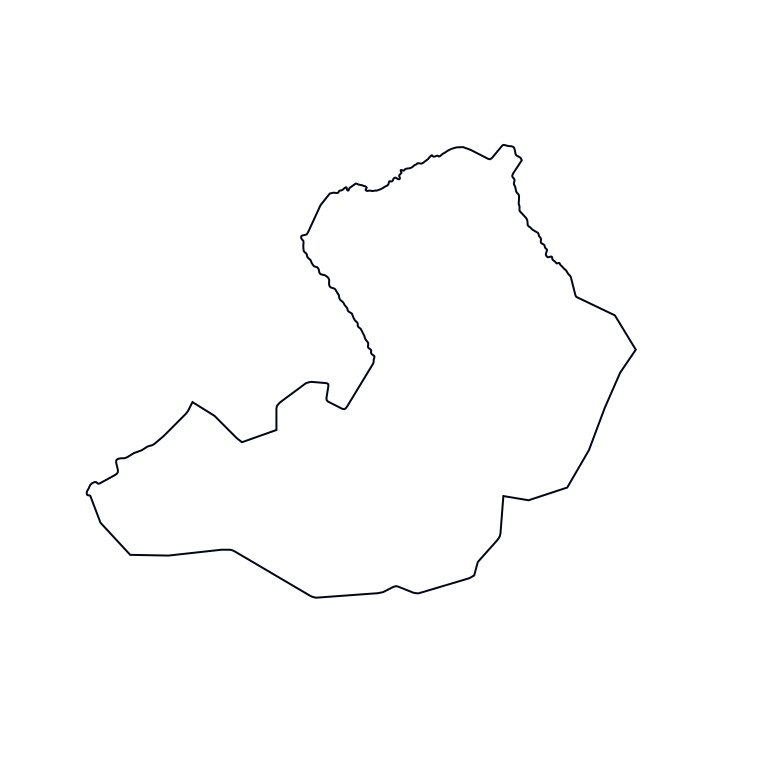 SVG path tracing the border of Guéra, rotated 208°
{"feature_id": "TCD-1474", "entity_name": "Guéra", "entity_type": "Prefecture", "adm_level": 1, "iso_a3": "TCD", "parent_name": "Chad", "parent_adm1": "", "projection": "natural_earth1", "projection_center": [19.056, 11.461], "detail": "fine", "context": "isolated", "style": "outline", "palette": "ink", "viewbox_px": 768, "rotation_deg": 208, "n_neighbors": 0, "source": "natural_earth", "source_scale": "10m", "svg_char_len": 5854}
<svg xmlns="http://www.w3.org/2000/svg" viewBox="0 0 768 768"><g transform="rotate(208 384 384)"><path d="M173.6,378.6L201.8,349.2L226.0,341.1L211.2,307.2L210.3,304.2L210.3,301.6L210.7,299.2L217.6,270.9L216.6,266.4L214.5,257.4L217.3,252.8L255.2,215.4L257.8,214.2L260.2,213.5L276.7,211.7L278.6,211.1L280.5,209.2L287.2,199.7L291.4,196.3L343.7,163.4L346.6,162.6L349.1,162.3L437.4,166.1L439.5,166.0L441.9,165.5L449.8,161.3L493.8,131.3L527.9,114.0L569.2,128.4L590.4,147.0L591.1,147.4L591.8,147.3L593.1,146.8L593.8,146.7L594.3,147.0L594.9,147.5L595.3,148.1L595.7,149.1L595.9,150.4L595.7,152.9L596.0,156.5L595.7,157.9L595.2,159.3L593.6,161.4L592.5,162.1L591.5,162.2L590.7,161.9L589.9,161.8L589.1,162.0L588.4,162.7L578.6,177.6L577.7,179.6L577.6,181.0L577.9,181.9L578.7,183.3L583.4,188.6L584.2,190.0L584.4,190.6L584.5,191.3L584.3,192.0L583.7,193.0L581.5,194.9L579.2,196.1L578.5,196.5L578.0,197.0L576.9,198.1L576.0,199.4L572.4,205.6L567.0,211.5L563.7,217.3L562.6,218.7L561.7,219.6L561.1,220.0L560.5,220.6L560.0,221.1L559.1,222.4L558.4,223.8L554.1,234.6L544.8,265.2L544.4,268.5L544.6,278.1L518.7,276.3L488.8,267.1L482.1,265.9L457.4,292.9L467.4,311.7L468.2,314.3L467.8,316.7L467.1,319.1L453.3,348.1L451.1,350.3L449.1,351.8L436.3,357.3L434.5,357.9L433.2,357.7L432.2,356.2L428.3,344.8L427.3,343.1L426.0,342.4L425.0,342.2L409.1,342.5L407.1,343.2L406.3,344.9L406.0,347.0L403.2,396.2L403.3,397.7L403.6,398.8L404.4,400.4L404.7,401.4L404.9,402.8L405.3,403.7L406.0,404.2L408.8,404.6L409.5,405.0L410.1,405.5L410.5,406.2L410.8,407.0L411.2,407.7L411.8,408.1L412.6,408.3L414.4,408.5L415.1,408.8L415.7,409.3L416.0,410.1L416.6,411.7L417.0,412.4L417.5,412.9L418.2,413.4L418.9,413.7L419.8,414.0L421.2,414.7L421.8,415.1L424.1,417.3L430.0,421.5L430.6,421.8L433.3,422.3L434.0,422.6L434.6,423.2L434.9,423.9L435.3,424.6L435.8,425.2L436.5,425.7L439.0,426.4L439.8,426.7L441.8,428.0L444.7,430.5L445.3,431.0L446.1,431.2L448.8,431.3L449.6,431.5L450.4,431.8L450.9,432.3L451.4,432.9L451.9,433.5L453.4,434.3L455.8,435.2L457.6,436.5L458.4,436.9L459.2,437.1L461.9,437.7L462.7,438.0L463.3,438.5L463.9,439.0L465.3,440.9L465.9,441.4L471.4,444.6L472.2,444.9L473.0,444.9L475.4,444.4L476.3,444.3L477.1,444.5L477.9,444.8L478.5,445.3L479.0,445.9L479.5,446.6L481.0,449.6L481.4,450.2L482.0,450.8L482.6,451.3L483.3,451.6L485.0,452.1L486.9,452.3L487.7,452.2L490.1,451.5L490.9,451.3L491.7,451.3L492.5,451.6L493.2,451.9L493.8,452.5L495.2,454.3L495.8,454.8L496.5,455.2L497.2,455.5L497.9,455.7L498.3,455.6L499.6,455.3L500.5,455.2L501.3,455.2L502.0,455.5L503.5,456.3L504.2,456.6L505.5,457.6L506.0,458.1L506.6,458.6L507.3,459.0L508.1,459.2L509.9,459.6L510.7,459.9L511.4,460.3L512.0,460.8L512.9,462.1L513.0,462.2L514.4,462.8L516.1,463.2L516.9,463.6L517.5,464.0L518.0,464.6L520.1,468.0L521.1,470.3L521.7,471.5L522.3,472.4L523.1,472.8L523.9,473.0L524.8,473.4L525.6,474.0L526.3,475.2L526.3,476.1L525.9,476.7L523.6,478.7L522.5,479.8L522.3,482.8L524.0,512.1L521.3,526.7L518.6,529.1L514.9,530.7L514.3,531.4L514.2,532.1L514.3,532.9L513.9,533.9L512.7,534.8L512.0,535.6L511.5,536.6L510.5,539.2L509.9,539.8L509.3,539.9L508.8,539.4L508.3,538.6L507.7,538.0L506.6,537.9L506.2,538.4L506.3,539.1L506.4,540.0L506.4,541.0L503.1,547.6L502.3,548.0L501.3,548.1L500.2,548.1L496.6,549.2L495.2,549.3L493.1,549.8L492.0,549.6L491.4,549.1L491.4,548.3L491.5,547.5L491.4,546.8L491.2,546.7L490.9,546.5L489.8,546.5L488.9,546.9L487.7,547.9L486.6,548.4L485.2,548.8L484.1,549.4L482.8,550.5L481.6,551.1L480.6,552.0L478.2,554.7L476.7,557.0L476.1,558.3L474.5,560.4L474.0,561.7L473.9,562.7L474.4,564.4L474.4,565.4L473.8,565.9L472.9,566.1L472.2,566.6L471.9,567.2L471.8,568.0L471.9,568.9L471.9,569.9L471.6,570.9L470.9,571.5L470.1,571.7L468.2,571.5L467.0,571.7L466.5,572.3L466.5,573.0L466.9,573.7L467.5,574.1L468.1,574.6L468.4,575.4L468.4,576.3L468.0,577.4L467.7,578.2L467.9,578.8L469.2,579.9L469.6,580.7L469.2,581.1L468.5,581.3L467.6,581.3L466.7,581.7L466.5,582.4L466.2,583.5L465.6,584.3L464.6,585.2L462.8,586.4L461.9,587.3L461.2,588.3L460.6,589.5L459.9,591.4L458.7,592.8L458.3,594.2L457.6,594.9L456.8,595.3L455.7,595.6L454.4,596.3L453.7,597.1L453.2,597.9L450.7,603.3L450.1,606.2L449.4,608.2L448.9,608.4L448.5,608.3L448.1,608.0L447.3,608.0L446.1,608.5L444.6,610.2L443.7,610.8L443.0,610.8L442.3,610.7L441.8,611.1L441.4,611.7L440.8,613.4L439.9,615.3L439.0,616.6L437.2,620.0L434.9,623.2L432.7,625.4L431.0,627.0L425.4,630.3L417.3,631.4L397.5,631.7L395.8,632.3L394.8,634.1L391.6,649.6L391.0,651.0L390.2,651.5L386.1,652.4L383.2,653.7L381.6,654.0L380.5,653.9L378.7,652.4L375.8,648.8L375.1,648.3L374.3,648.0L373.2,647.9L371.6,648.0L370.5,647.9L369.6,647.7L368.2,646.9L367.7,646.5L367.4,646.2L367.4,645.8L368.8,631.2L368.8,629.7L368.7,628.8L368.4,627.9L367.9,627.3L367.2,626.9L365.7,626.3L365.0,625.9L364.5,625.3L364.1,624.5L363.7,622.8L363.4,622.0L363.0,621.3L361.1,620.0L360.5,619.4L357.5,615.9L356.8,615.5L356.1,615.1L355.2,614.9L354.4,614.6L353.8,614.2L352.9,613.2L351.0,609.3L350.0,607.0L349.6,606.3L348.5,605.3L347.5,604.1L346.4,601.8L346.0,601.1L345.5,600.6L344.9,600.2L337.0,597.5L335.6,596.8L334.4,595.8L333.5,594.6L331.8,591.9L331.0,591.4L330.0,591.1L328.5,591.0L325.5,590.0L319.5,589.7L318.6,589.5L318.0,589.0L317.4,588.4L316.9,587.6L313.9,586.2L313.4,585.6L313.0,584.9L312.4,583.2L311.9,582.6L311.1,582.2L308.2,582.1L307.3,581.7L306.3,580.5L305.7,579.9L304.4,579.6L303.6,579.3L302.9,578.8L302.7,577.9L302.4,576.0L302.2,575.1L301.9,574.3L301.2,573.6L300.4,573.2L299.1,572.8L298.3,573.1L297.7,573.7L297.1,574.3L296.3,575.0L295.6,575.1L295.0,574.7L294.0,573.3L293.2,572.8L290.3,572.3L289.2,571.9L288.4,571.5L287.7,571.8L286.4,573.0L285.8,573.1L285.2,572.7L284.6,572.2L283.8,571.8L282.6,571.6L279.1,570.3L276.9,569.9L276.1,569.5L274.1,568.3L272.7,567.5L271.0,567.1L270.2,566.7L269.2,566.1L257.1,552.7L256.1,551.8L255.0,551.2L212.4,553.0L177.8,532.5L180.8,504.9L177.9,466.8L172.0,421.9L173.6,378.6Z" fill="none" stroke="#020617" stroke-width="2"/></g></svg>